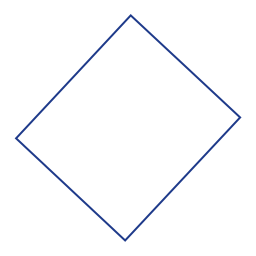 Floyd, Iowa, United States of America, rotated 313°
{"feature_id": "52423323B81223341239547", "entity_name": "Floyd", "entity_type": "district", "adm_level": 2, "iso_a3": "USA", "parent_name": "United States of America", "parent_adm1": "Iowa", "projection": "mercator", "projection_center": [-92.836, 43.06], "detail": "fine", "context": "isolated", "style": "outline", "palette": "blue", "viewbox_px": 256, "rotation_deg": 313, "n_neighbors": 0, "source": "geoboundaries", "source_scale": "gbopen_adm2", "svg_char_len": 220}
<svg xmlns="http://www.w3.org/2000/svg" viewBox="0 0 256 256"><g transform="rotate(313 128 128)"><path d="M44.1,53.2L43.8,202.6L212.2,202.8L212.2,53.2L44.1,53.2Z" fill="none" stroke="#1e3a8a" stroke-width="2"/></g></svg>